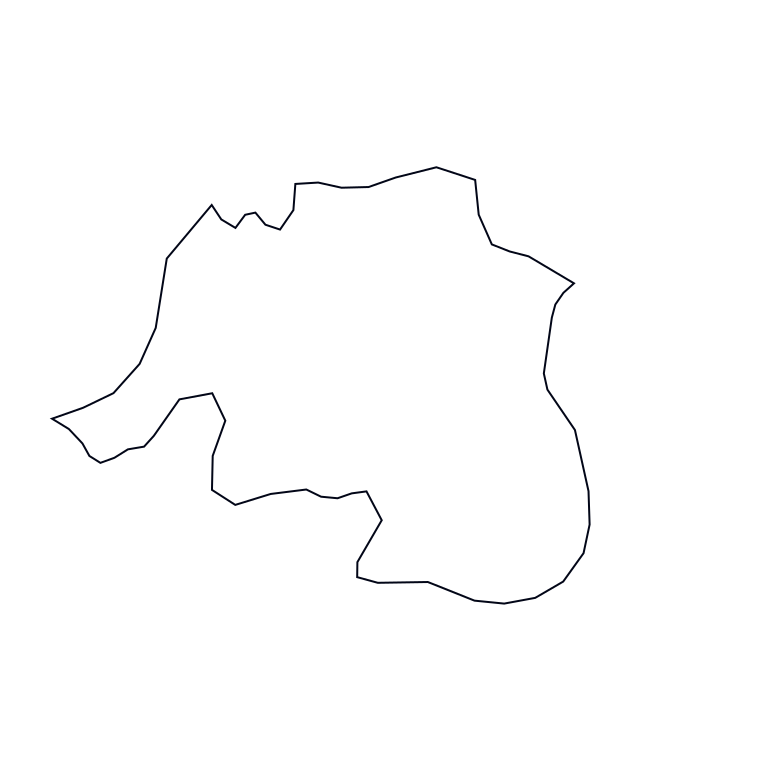 an SVG outline of Cəlilabad, rotated 213°
{"feature_id": "AZE-1700", "entity_name": "Cəlilabad", "entity_type": "District", "adm_level": 1, "iso_a3": "AZE", "parent_name": "Azerbaijan", "parent_adm1": "", "projection": "albers", "projection_center": [48.489, 39.203], "detail": "fine", "context": "isolated", "style": "outline", "palette": "ink", "viewbox_px": 768, "rotation_deg": 213, "n_neighbors": 0, "source": "natural_earth", "source_scale": "10m", "svg_char_len": 946}
<svg xmlns="http://www.w3.org/2000/svg" viewBox="0 0 768 768"><g transform="rotate(213 384 384)"><path d="M279.5,571.9L283.2,558.2L283.6,544.0L279.4,531.1L255.7,479.9L243.9,468.3L198.8,449.4L154.1,405.5L135.0,378.1L124.5,350.8L126.1,315.9L140.7,287.0L163.6,265.3L190.1,251.6L239.4,241.8L280.9,213.9L301.3,207.4L309.3,220.1L311.7,268.5L340.2,284.4L351.5,274.7L360.7,262.9L375.4,255.2L391.7,253.2L419.1,230.1L442.9,201.6L470.6,201.5L488.5,230.4L497.1,266.8L523.0,282.7L547.2,259.7L548.8,215.2L551.1,200.8L563.2,189.7L569.9,175.3L578.9,163.4L591.9,163.2L604.5,169.9L623.7,174.6L643.5,174.1L623.4,200.2L605.9,229.0L599.9,267.8L606.0,306.7L634.5,370.9L626.0,440.3L610.1,433.4L593.6,434.0L592.6,450.3L585.2,457.7L570.2,453.0L555.3,456.9L554.7,480.5L567.3,503.5L548.9,517.1L526.5,525.5L504.2,540.8L486.6,563.6L458.1,594.3L418.7,604.8L396.8,577.6L369.6,559.8L350.8,563.6L332.3,569.8L279.5,571.9Z" fill="none" stroke="#020617" stroke-width="2"/></g></svg>